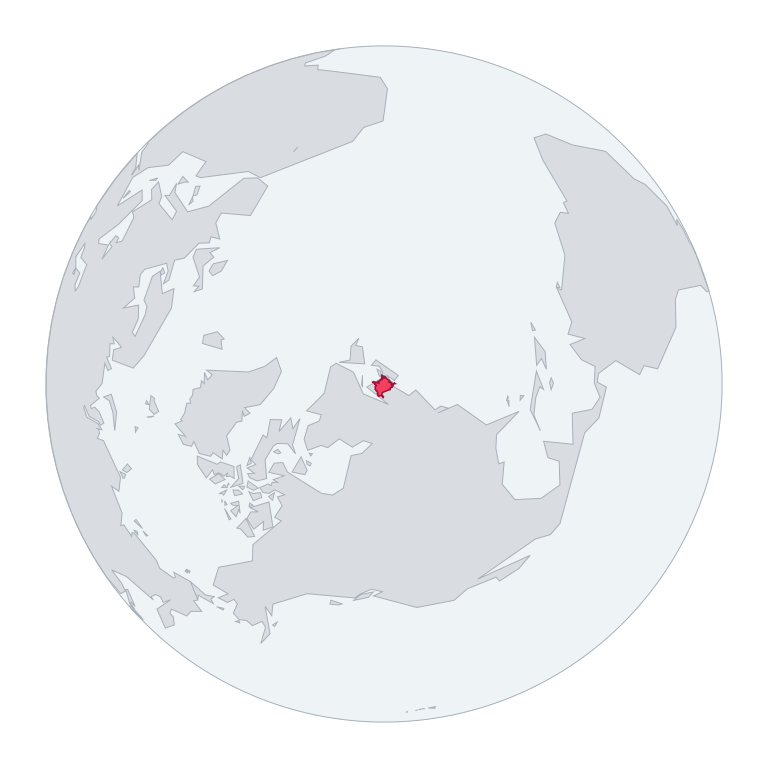 the Earth from above New Brunswick, rotated 248°
{"feature_id": "CAN-684", "entity_name": "New Brunswick", "entity_type": "Province", "adm_level": 1, "iso_a3": "CAN", "parent_name": "Canada", "parent_adm1": "", "projection": "orthographic", "projection_center": [-65.996, 46.339], "detail": "fine", "context": "on_globe", "style": "filled", "palette": "rose", "viewbox_px": 768, "rotation_deg": 248, "n_neighbors": 0, "source": "natural_earth", "source_scale": "10m", "svg_char_len": 14241}
<svg xmlns="http://www.w3.org/2000/svg" viewBox="0 0 768 768"><g transform="rotate(248 384 384)"><circle cx="384" cy="384" r="338" fill="#eef3f6" stroke="#a8b0b8"/><path d="M352.4,720.4L354.8,720.6L348.3,720.0L348.4,718.0L356.9,714.5L360.9,692.3L353.3,685.9L327.2,675.9L295.6,643.4L303.6,632.0L296.9,624.5L318.9,607.7L313.4,586.7L305.7,582.5L297.9,589.1L272.0,570.5L263.5,551.7L188.7,494.9L182.0,481.7L183.6,466.3L168.0,398.0L170.4,455.3L162.5,440.1L158.0,417.3L162.9,415.6L162.9,384.9L157.2,368.0L164.5,330.7L191.5,294.8L192.0,304.7L198.4,295.6L198.2,283.0L196.5,276.9L218.4,234.1L221.5,198.5L211.2,193.1L222.4,190.4L195.2,184.8L189.6,172.6L202.9,183.1L209.6,181.9L209.3,171.5L216.1,168.1L219.8,161.4L228.0,158.5L235.1,165.7L240.6,164.2L240.0,157.1L247.9,150.3L247.9,160.9L261.6,150.3L276.0,162.1L269.3,195.7L284.2,202.3L295.6,237.5L301.4,232.7L309.4,244.0L319.2,242.8L318.5,250.4L326.9,243.0L325.6,236.4L328.9,231.1L334.5,230.1L334.7,239.3L331.9,241.2L334.8,243.4L332.5,248.6L336.8,245.4L336.3,257.2L345.2,244.2L351.7,252.5L349.1,260.7L338.5,261.5L306.2,284.9L300.3,294.7L302.6,307.2L329.9,326.6L327.9,337.4L333.1,350.8L339.2,343.8L337.3,331.0L349.9,321.9L346.1,308.0L350.6,302.6L351.1,288.4L362.7,289.2L373.7,297.9L374.0,310.0L378.9,314.4L388.1,302.2L397.7,325.0L419.9,340.9L421.1,347.4L406.4,360.1L382.5,361.1L363.4,380.5L387.6,366.9L390.2,384.5L395.6,387.3L402.4,386.2L406.0,379.3L409.4,385.5L386.7,400.5L383.3,395.0L390.5,390.1L379.3,391.1L364.0,402.6L366.5,411.3L340.8,421.6L342.3,428.3L337.5,434.6L336.9,423.2L337.5,444.4L307.7,463.5L308.0,498.9L294.9,469.4L282.4,463.6L267.0,460.5L266.7,466.2L246.9,456.1L227.8,462.0L219.1,486.8L224.5,509.3L246.8,517.5L254.3,508.4L271.1,510.5L257.3,536.7L286.4,547.6L282.6,567.5L290.8,579.4L305.8,579.3L321.2,586.3L332.6,576.2L350.9,571.3L350.9,587.4L361.3,573.3L371.3,581.4L407.8,580.2L404.9,584.0L435.7,600.0L469.4,602.7L477.2,611.8L473.1,618.9L484.9,618.3L485.1,622.2L532.0,615.1L556.0,615.3L555.2,627.7L535.1,648.3L516.7,676.6L480.5,692.7L471.2,700.9L442.9,713.0L420.9,715.3L427.2,717.1L415.1,719.3L400.8,720.3L398.5,721.3L387.9,721.6L395.0,721.7L389.1,721.9L352.4,720.4ZM64.3,309.6L67.0,303.7L65.5,310.9L64.3,309.6ZM68.6,297.9L67.6,300.3L68.4,297.8L68.6,297.9ZM69.1,294.6L68.7,297.0L68.8,294.7L69.1,294.6ZM69.4,290.7L69.3,292.6L69.2,292.6L69.4,290.7ZM305.5,510.0L338.9,530.1L319.2,529.9L323.1,527.5L314.8,519.8L299.1,511.3L282.0,511.5L305.5,510.0ZM71.0,283.3L71.5,281.3L71.7,282.5L71.0,283.3ZM322.1,493.6L316.2,491.5L322.1,492.1L322.1,493.6ZM194.7,275.0L197.5,283.2L195.2,296.2L192.0,289.7L194.7,275.0ZM200.2,251.4L203.4,253.8L195.9,262.6L196.4,258.5L200.2,251.4ZM202.3,190.4L203.3,195.8L200.0,191.8L202.3,190.4ZM218.9,161.0L216.5,160.7L219.5,157.4L218.9,161.0ZM344.7,289.1L347.8,288.8L346.1,291.6L344.7,289.1ZM341.9,283.4L337.7,286.8L335.7,284.7L338.4,282.6L341.9,283.4ZM234.7,150.2L240.3,145.4L235.9,151.4L234.7,150.2ZM347.5,279.8L332.8,280.4L329.5,276.7L336.8,265.8L347.5,279.8ZM244.4,143.5L257.8,132.5L253.4,130.5L273.2,130.6L255.3,139.4L250.5,147.0L249.3,142.9L244.4,143.5ZM322.8,234.8L324.4,241.8L317.9,237.1L322.8,234.8ZM317.8,233.2L293.1,227.5L293.6,217.2L301.7,220.9L298.2,208.8L310.6,206.4L315.3,212.5L312.6,219.6L319.4,213.4L317.8,233.2ZM282.0,132.7L286.2,131.4L283.1,134.2L282.0,132.7ZM329.7,228.7L324.6,228.2L324.7,219.1L334.8,218.4L331.5,221.5L329.7,228.7ZM291.2,207.0L293.0,200.4L303.5,196.6L305.6,193.6L310.9,205.5L291.2,207.0ZM334.4,223.1L339.9,218.3L345.0,221.7L334.6,228.5L334.4,223.1ZM320.5,217.2L321.0,212.9L324.0,215.0L320.5,217.2ZM366.2,232.1L360.2,231.3L359.7,226.4L366.2,232.1ZM341.6,216.3L339.8,215.2L339.0,213.3L343.6,211.1L341.6,216.3ZM318.0,202.2L322.0,202.1L316.3,197.1L324.0,194.4L326.1,203.0L328.4,198.1L330.8,197.3L329.9,205.3L318.0,202.2ZM345.6,203.2L350.9,213.9L362.2,216.2L363.0,220.5L344.7,216.1L345.6,203.2ZM336.4,203.7L342.3,204.3L340.3,209.1L335.0,211.7L336.4,203.7ZM328.4,189.6L316.2,191.5L316.1,189.6L328.4,189.6ZM349.3,202.9L347.9,200.4L350.3,202.5L349.3,202.9ZM335.3,192.5L331.0,193.3L331.0,191.1L335.3,192.5ZM348.8,194.8L350.5,198.1L347.0,199.9L348.8,194.8ZM343.0,193.0L344.1,189.8L344.7,198.5L341.0,193.7L343.0,193.0ZM336.1,190.3L334.7,189.2L337.9,190.3L336.1,190.3ZM361.2,186.7L362.8,197.3L355.0,200.9L354.5,190.1L361.2,186.7ZM637.6,160.7L644.0,168.2L648.9,175.1L646.4,173.8L651.5,181.4L657.1,184.9L656.9,184.7L675.1,212.4L690.5,241.7L677.1,234.5L673.2,229.1L672.8,228.8L672.1,228.4L678.9,238.4L673.9,236.8L689.5,246.1L695.4,255.5L696.3,254.9L704.7,277.6L711.5,300.8L716.6,324.5L720.1,348.5L721.7,372.7L721.7,396.9L719.9,421.1L716.4,445.0L711.1,468.7L712.3,463.9L710.0,452.6L711.1,431.4L708.5,429.7L704.3,442.4L700.3,440.3L696.9,446.9L669.8,495.4L656.4,497.8L628.3,481.7L629.5,461.3L620.7,445.8L621.6,346.7L631.9,337.8L644.1,291.1L647.4,287.6L656.9,302.3L674.8,284.5L667.6,266.3L673.0,246.3L669.6,228.4L649.0,203.4L654.5,232.3L644.7,228.6L631.6,197.8L625.2,174.1L621.1,172.0L616.1,180.6L605.4,169.4L613.3,183.3L617.0,181.9L622.0,190.9L619.0,192.8L615.3,188.6L614.6,194.8L632.3,214.6L637.9,215.3L641.8,237.7L651.5,241.4L655.9,250.7L641.1,248.2L635.5,242.9L615.6,249.1L621.9,256.4L641.0,251.5L639.2,255.8L647.8,266.9L639.8,261.8L617.2,266.4L614.6,288.4L627.3,331.1L622.4,344.1L611.0,350.3L590.2,323.2L603.5,297.2L596.3,288.4L579.9,286.0L585.3,278.7L580.2,274.9L583.9,265.3L575.5,246.0L577.2,236.2L560.9,223.5L559.5,217.0L569.6,226.2L577.4,227.7L580.0,205.0L576.7,199.1L565.8,193.0L567.9,188.0L557.1,185.1L552.1,171.0L549.1,186.1L536.3,180.5L526.2,169.9L521.4,171.0L537.8,188.6L544.9,193.3L551.8,192.9L570.6,209.6L572.5,218.7L550.8,212.3L551.2,225.0L534.1,215.5L500.2,172.1L492.7,157.4L507.9,141.0L517.1,146.2L516.3,154.4L529.1,150.3L522.3,148.9L524.0,145.1L512.2,139.8L512.9,136.9L500.4,137.1L499.9,133.0L507.8,133.0L489.9,122.7L485.3,114.2L480.9,113.3L477.5,114.8L473.9,103.6L470.9,103.5L470.8,107.1L464.7,109.5L452.6,109.6L452.0,105.7L456.3,105.1L464.5,98.5L476.1,98.2L474.6,96.7L464.4,96.1L454.4,104.0L447.2,105.3L450.7,100.7L448.9,102.4L445.1,101.9L440.9,97.9L436.5,102.7L396.1,104.7L383.8,98.0L391.4,93.1L362.5,92.8L351.0,86.9L351.0,90.0L337.2,92.9L340.6,94.7L339.6,96.5L305.7,106.9L297.3,106.9L282.7,116.4L282.7,118.3L288.1,118.6L273.2,130.6L253.4,130.5L254.4,126.3L241.4,129.8L245.5,120.1L242.9,114.2L254.9,102.6L251.8,99.6L247.0,101.4L239.2,99.3L239.6,89.8L260.3,89.2L263.9,105.2L264.2,97.5L270.4,97.1L274.4,93.2L274.1,88.4L270.2,89.2L301.9,73.1L313.7,61.8L297.6,66.1L288.8,66.6L288.3,61.3L309.8,54.3L333.5,49.9L357.4,47.1L381.5,46.1L405.6,46.8L429.6,49.2L453.4,53.3L476.8,59.1L499.7,66.5L522.0,75.6L543.7,86.2L564.5,98.3L584.4,111.9L603.3,126.9L621.1,143.2L637.6,160.7ZM633.2,387.1L635.9,392.5L636.0,392.6L633.2,387.1ZM626.3,159.2L617.3,145.8L607.7,142.0L603.4,136.7L601.7,137.6L607.0,141.8L600.8,143.5L592.0,134.8L586.0,132.6L588.8,137.1L606.0,153.1L615.0,150.3L622.9,157.7L626.3,159.2ZM409.0,579.9L413.3,582.8L407.5,583.2L409.0,579.9ZM316.1,536.8L323.4,538.1L327.0,541.3L321.4,541.5L316.1,536.8ZM377.8,541.7L386.3,543.2L377.3,544.6L377.8,541.7ZM344.2,532.6L371.0,541.0L353.7,545.5L336.8,540.1L348.7,539.5L344.2,532.6ZM317.9,504.1L322.4,506.1L320.8,509.3L317.9,504.1ZM326.3,494.2L324.5,494.2L322.5,491.1L326.3,494.2ZM391.5,383.6L393.5,382.6L400.2,383.0L396.8,385.9L391.5,383.6ZM431.3,367.5L435.9,377.9L430.3,372.2L426.5,377.9L409.9,373.7L420.9,350.5L418.9,361.5L431.3,367.5ZM390.9,362.6L400.2,367.3L389.6,363.1L390.9,362.6ZM548.6,265.8L554.3,264.1L559.4,270.7L557.2,285.1L549.7,275.5L548.6,265.8ZM561.1,260.4L540.2,251.2L540.7,242.6L544.0,248.9L546.4,244.0L552.3,253.0L573.3,254.5L579.2,260.6L571.9,282.7L571.0,271.8L565.5,273.8L561.1,260.4ZM485.8,249.3L476.8,246.9L489.6,230.9L496.6,235.1L494.9,249.1L485.6,252.6L485.8,249.3ZM363.2,261.1L358.9,262.5L358.9,259.7L362.5,256.3L363.2,261.1ZM363.5,232.2L382.0,252.8L378.0,255.2L393.6,265.3L389.2,275.8L379.2,268.8L387.5,284.9L376.7,282.8L383.5,293.2L361.8,276.4L352.4,275.8L364.6,272.4L368.9,262.6L367.9,258.1L358.3,245.4L340.3,239.8L341.7,229.9L347.5,224.3L352.0,224.1L349.7,230.5L357.4,225.7L357.5,234.9L363.5,232.2ZM414.3,174.4L409.7,180.3L425.3,175.3L425.4,183.1L427.2,182.1L431.6,188.1L440.1,193.9L438.6,197.5L442.6,198.2L445.6,202.5L450.5,204.9L449.5,212.4L455.4,216.0L451.6,217.5L462.1,221.9L453.8,222.1L456.9,228.2L463.3,224.7L445.9,262.9L445.0,279.9L448.8,294.3L434.1,293.6L421.2,280.2L411.3,261.6L414.3,245.9L407.1,248.8L406.4,242.3L412.3,242.7L402.8,238.3L403.8,233.1L394.9,218.7L380.4,216.4L376.8,211.4L383.0,209.8L375.1,206.0L384.3,199.7L381.9,196.1L388.7,186.7L401.9,186.2L398.3,182.2L403.2,175.4L414.3,174.4ZM363.4,184.1L379.3,180.9L387.1,183.9L372.1,199.2L373.0,203.3L363.7,214.0L352.5,209.6L356.2,206.9L357.2,203.3L360.3,206.1L358.5,201.2L363.6,197.4L363.6,192.7L368.7,192.9L363.4,184.1ZM644.6,278.1L645.9,274.6L646.5,268.0L651.9,275.2L644.6,278.1ZM629.5,281.5L629.8,277.3L637.8,283.5L636.4,287.5L629.5,281.5ZM623.1,270.0L629.2,276.6L625.1,275.4L623.1,270.0ZM569.1,222.3L568.5,217.8L571.2,218.6L574.6,222.5L569.1,222.3ZM460.6,163.5L456.7,165.8L454.8,164.5L443.0,164.8L441.9,159.4L448.7,157.0L460.6,163.5ZM653.9,211.5L658.8,220.2L657.6,221.1L656.1,217.9L653.9,211.5ZM658.4,248.9L660.6,242.6L659.8,251.0L658.4,248.9ZM457.4,157.7L452.7,158.4L455.1,155.3L457.4,157.7ZM440.6,155.5L442.2,151.7L440.4,158.8L440.6,155.5ZM441.7,116.9L459.3,122.0L471.3,123.1L477.0,119.2L476.6,127.3L458.1,125.6L441.7,116.9ZM401.8,106.4L396.9,110.5L393.9,107.9L394.6,106.6L401.8,106.4ZM402.4,109.4L406.0,116.2L399.9,118.1L398.3,112.3L402.4,109.4ZM432.4,135.5L437.7,137.3L435.6,139.6L432.4,135.5ZM271.6,65.3L267.4,66.9L264.3,68.0L271.6,65.3ZM273.4,64.7L273.0,66.3L258.5,71.6L255.3,72.4L261.6,69.3L268.9,66.6L273.4,64.7ZM268.7,68.4L275.8,66.0L290.2,67.6L289.6,69.4L270.9,69.9L276.6,67.9L275.6,66.9L268.7,68.4ZM285.0,129.5L286.1,131.2L282.6,131.0L285.0,129.5ZM341.8,97.5L339.8,99.9L335.8,99.3L341.8,97.5ZM332.1,106.5L338.0,105.5L332.0,108.1L332.1,106.5ZM351.3,103.3L340.5,105.9L350.5,101.1L351.3,103.3Z" fill="#d9dde1" stroke="#a8b0b8" stroke-width="1"/><path d="M379.1,390.8L378.8,390.6L378.7,390.7L378.6,390.9L378.3,390.9L378.2,390.7L378.1,390.4L377.9,390.3L377.9,390.2L378.0,389.8L378.1,389.6L377.9,389.2L377.8,388.9L378.1,388.7L378.1,388.3L378.0,388.2L377.6,388.2L377.4,388.2L377.0,388.0L376.9,387.7L376.8,387.8L376.7,387.8L376.6,387.7L376.5,387.3L376.6,387.2L376.7,386.9L376.6,386.6L376.8,386.4L376.7,386.2L376.7,379.8L376.7,379.5L376.5,379.4L376.4,379.2L376.2,379.0L376.1,378.8L376.0,378.7L375.8,378.5L375.6,378.3L375.4,378.2L375.2,378.0L375.0,377.8L374.8,377.8L374.6,377.8L374.5,378.0L374.4,378.2L374.2,378.2L373.9,378.1L373.6,378.3L373.4,378.5L373.1,378.5L372.9,378.5L372.4,378.8L371.8,378.4L371.7,378.1L372.1,378.0L372.9,377.8L373.7,377.4L373.8,377.4L374.4,376.8L374.5,376.7L374.6,374.5L375.6,374.5L375.6,374.1L377.6,374.2L377.6,374.5L378.0,374.6L378.4,374.9L378.5,375.0L378.7,374.8L378.8,374.8L379.0,374.8L379.3,374.8L379.5,374.8L379.7,374.6L379.8,374.6L380.2,374.8L380.3,374.8L380.3,374.7L380.2,374.5L380.3,374.4L380.5,374.2L381.1,374.3L381.3,374.1L381.6,374.1L381.8,374.0L382.5,373.8L382.6,374.0L382.9,374.2L383.0,374.3L383.1,374.2L384.1,374.7L384.5,374.7L384.9,374.9L385.0,375.1L385.2,375.8L385.3,376.0L385.5,376.1L385.3,376.2L385.3,376.3L385.6,376.2L386.1,376.1L386.2,375.9L386.5,375.6L386.8,375.5L387.1,375.3L387.8,375.1L388.0,375.1L387.7,375.3L387.7,375.5L388.0,375.4L388.3,375.3L388.6,375.3L388.8,375.4L388.8,375.5L388.7,375.6L388.8,375.7L388.8,375.9L388.9,375.6L389.0,375.6L389.3,375.7L388.9,375.9L388.9,376.0L388.7,376.1L388.8,376.2L388.7,376.2L388.8,376.3L388.7,376.4L388.5,376.7L388.4,376.8L388.3,377.0L388.5,377.0L388.3,377.3L388.5,377.2L388.4,377.6L388.3,378.0L388.3,377.7L388.3,377.8L388.1,378.0L388.1,378.3L387.8,378.5L387.7,378.6L387.5,378.9L386.7,379.5L387.0,379.6L387.1,379.8L387.4,379.8L387.7,379.5L387.9,379.5L388.0,379.7L388.3,379.6L388.7,379.5L388.8,379.6L388.7,379.7L388.8,380.0L388.6,380.3L388.4,380.6L388.4,380.9L388.5,381.2L388.7,381.5L388.9,381.7L388.7,381.7L388.6,381.8L388.6,382.0L388.7,381.8L388.8,381.9L389.0,382.0L389.0,381.9L389.2,382.1L389.2,382.6L389.3,382.8L389.4,383.0L389.2,383.1L389.3,383.2L389.6,383.4L389.6,383.5L389.6,383.9L389.3,384.0L389.5,384.1L389.8,383.9L390.0,384.0L389.9,384.2L389.8,384.3L389.9,384.6L390.0,384.5L390.5,384.5L391.1,384.5L391.4,384.7L391.5,384.8L391.8,385.0L392.0,384.8L392.3,384.8L392.6,385.0L392.9,385.0L393.1,385.2L393.0,385.3L392.7,385.4L392.6,385.5L391.9,385.5L392.0,385.9L392.0,386.0L391.7,386.0L391.4,386.4L391.2,386.6L391.1,386.9L390.9,386.6L390.7,386.6L390.8,386.7L390.7,386.8L390.5,387.2L390.3,387.3L390.2,387.5L390.1,387.3L390.2,387.0L390.0,386.8L390.0,386.5L389.9,386.6L389.6,386.2L389.4,386.0L389.4,385.7L389.1,385.4L389.3,385.7L389.3,385.8L389.3,386.0L389.5,386.2L389.6,386.3L389.7,386.5L389.8,386.7L389.8,386.8L389.8,387.0L389.4,387.4L389.6,387.6L389.4,387.6L389.3,387.8L389.2,387.9L389.1,388.2L388.9,388.1L388.5,388.2L388.3,388.3L388.1,388.6L387.4,388.9L386.8,389.2L386.1,389.7L385.9,389.9L385.6,390.0L385.4,390.2L385.2,390.2L385.1,390.4L385.0,390.5L384.8,390.3L384.7,390.5L384.4,390.6L384.0,390.5L383.9,390.3L383.8,390.2L383.4,390.1L383.8,389.7L384.0,389.5L384.0,389.3L383.9,389.2L383.7,389.4L383.6,389.8L383.3,389.8L383.2,389.9L383.2,390.1L383.3,390.2L383.7,390.3L383.5,390.5L383.4,390.6L383.2,390.8L383.1,391.0L383.0,390.7L382.9,390.7L382.7,390.7L382.6,390.8L382.9,390.8L382.8,391.0L382.6,391.0L382.3,391.2L382.1,391.4L382.1,391.2L381.9,391.0L381.7,391.1L381.2,391.4L380.9,391.4L380.9,391.5L380.7,391.5L380.7,391.3L380.7,391.2L380.6,391.3L380.3,391.5L380.2,391.2L380.5,391.1L380.4,391.0L380.2,391.0L380.1,390.8L379.9,390.8L379.7,390.9L379.7,391.0L379.6,391.3L379.3,391.0L379.2,390.7L379.1,390.8ZM380.4,393.6L380.4,393.3L380.5,393.1L380.8,393.1L380.9,393.3L381.0,393.9L381.1,394.0L380.9,394.1L380.9,393.9L380.7,393.9L380.3,394.1L380.2,394.2L380.3,393.7L380.4,393.6ZM389.9,374.8L389.9,374.7L390.0,374.5L389.9,374.8L389.9,375.1L389.8,375.3L389.3,375.7L389.2,375.6L389.3,375.4L389.2,375.4L389.3,375.2L389.1,375.2L389.2,374.9L389.5,374.8L389.6,375.0L389.8,374.9L389.9,374.8ZM389.7,374.3L389.8,374.0L390.0,374.0L390.0,374.4L390.0,374.5L389.9,374.6L389.6,374.7L389.7,374.3ZM380.2,392.5L380.1,392.8L379.9,392.6L380.0,392.6L380.1,392.2L380.2,392.3L380.3,392.3L380.2,392.5ZM380.0,392.0L379.9,392.3L379.8,392.2L379.7,392.0L379.9,391.8L380.0,391.7L380.0,392.0Z" fill="#f43f5e" stroke="#9f1239" stroke-width="1.5"/></g></svg>